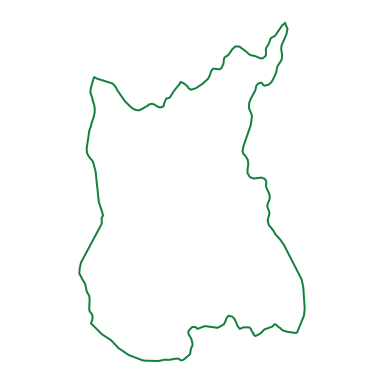 an SVG outline of Rôtânôkiri
{"feature_id": "KHM-1795", "entity_name": "Rôtânôkiri", "entity_type": "Province", "adm_level": 1, "iso_a3": "KHM", "parent_name": "Cambodia", "parent_adm1": "", "projection": "albers", "projection_center": [107.133, 13.934], "detail": "fine", "context": "isolated", "style": "outline", "palette": "green", "viewbox_px": 384, "rotation_deg": 0, "n_neighbors": 0, "source": "natural_earth", "source_scale": "10m", "svg_char_len": 3402}
<svg xmlns="http://www.w3.org/2000/svg" viewBox="0 0 384 384"><path d="M285.0,23.0L287.5,28.9L286.4,34.4L281.5,45.5L281.2,48.9L282.1,55.4L281.8,58.9L280.7,61.4L277.7,65.8L276.8,68.8L276.6,70.4L275.8,73.4L273.2,79.1L271.3,82.4L268.6,84.7L264.5,85.7L263.2,85.0L262.4,83.6L261.1,82.6L258.4,83.5L256.7,85.1L256.0,86.9L255.7,88.9L255.1,90.9L250.8,98.6L249.3,102.6L248.9,107.1L249.3,109.1L251.2,113.3L251.8,115.5L251.8,117.6L250.7,125.3L243.5,146.1L242.5,151.4L243.4,153.9L245.4,156.0L247.8,159.8L248.3,164.1L247.6,168.7L247.5,173.1L249.9,177.1L253.5,178.5L261.5,177.6L264.8,178.9L266.1,181.0L266.3,183.2L266.0,185.3L266.2,187.3L269.2,193.7L269.4,194.8L269.8,197.5L269.3,200.0L268.1,202.5L267.2,206.2L269.5,212.9L269.2,214.8L267.8,219.5L267.8,221.8L268.9,225.1L272.9,230.0L274.9,233.3L275.4,234.3L280.3,239.7L284.0,245.0L301.7,279.6L303.3,287.6L304.7,309.1L303.9,315.8L297.1,332.5L295.1,333.1L293.3,332.6L287.4,331.9L286.2,331.5L285.4,331.1L283.2,330.5L282.4,330.2L281.9,329.8L281.0,328.8L280.1,328.0L278.5,327.0L276.4,325.0L275.2,324.3L274.5,324.3L273.9,324.6L273.3,325.8L272.7,326.3L271.9,326.8L269.3,327.6L267.9,328.3L265.3,329.0L264.6,329.4L264.1,329.7L263.2,330.6L262.0,332.0L260.6,333.3L259.6,334.0L255.5,336.0L253.5,334.6L253.6,333.3L252.5,332.4L250.4,328.3L249.3,327.4L244.3,327.3L242.1,327.8L239.9,328.9L237.6,326.1L234.7,319.1L232.5,316.8L228.6,315.8L226.7,317.8L225.5,321.1L223.8,324.4L217.6,327.8L204.8,326.1L197.4,328.9L195.6,327.1L193.0,327.0L192.4,327.0L192.0,327.2L189.1,330.2L188.7,330.8L188.5,331.5L188.3,332.3L188.3,333.1L188.8,334.6L189.5,335.8L190.3,336.9L191.0,338.3L191.3,339.0L192.2,342.2L192.2,342.4L192.5,343.6L192.5,344.5L192.4,345.4L192.1,346.1L191.8,346.9L191.1,348.1L190.8,349.1L190.3,353.3L189.9,354.0L189.5,354.6L188.5,355.6L184.0,359.4L182.5,360.1L181.4,360.4L180.6,360.2L180.0,359.8L179.5,359.3L179.0,358.9L178.2,358.6L175.0,358.8L169.6,359.8L168.2,359.9L167.3,359.8L164.8,359.7L158.4,361.0L155.0,360.9L146.1,360.7L142.5,360.3L128.9,355.1L118.5,348.1L111.1,340.2L102.9,334.9L101.5,333.8L90.9,323.3L92.4,319.7L92.6,317.1L92.5,316.1L92.2,315.2L92.0,314.4L91.6,313.8L90.3,312.1L89.3,310.4L89.2,308.3L89.6,300.1L89.5,297.7L89.1,295.4L86.9,292.1L85.1,283.8L81.6,278.1L81.0,276.4L80.1,275.1L79.3,273.6L79.7,268.4L81.0,262.5L101.4,224.4L101.8,223.0L101.6,217.8L103.0,215.7L102.4,212.9L98.8,201.8L95.6,171.6L93.0,161.8L91.6,159.8L89.8,157.9L88.4,155.8L87.0,152.9L86.7,150.2L86.8,147.5L89.3,130.8L89.7,129.3L91.0,126.0L91.5,123.3L93.7,117.2L94.7,112.2L94.7,108.3L94.1,104.5L93.0,101.5L92.2,97.8L90.5,92.9L90.5,90.8L90.8,88.2L93.4,79.0L93.8,77.9L94.2,77.2L96.9,78.6L112.3,83.4L113.2,84.2L114.9,85.9L115.8,87.3L117.5,90.6L124.9,101.2L130.5,106.8L133.5,109.0L136.4,110.1L139.6,110.3L147.8,105.6L148.8,104.7L150.1,104.0L152.3,103.9L154.3,104.5L158.2,107.0L160.4,107.4L163.0,106.7L163.8,105.6L163.9,104.2L166.2,98.6L168.9,98.0L169.8,97.5L173.9,91.0L180.2,83.3L180.3,82.2L181.0,82.0L183.6,83.2L187.1,86.0L188.9,88.6L191.2,89.7L195.9,88.2L202.4,83.9L208.2,78.6L209.9,75.2L211.1,71.4L212.9,68.8L216.0,68.8L219.4,69.4L221.2,68.4L223.4,64.0L223.9,59.6L224.2,58.1L225.0,57.1L227.5,55.6L228.6,54.6L232.3,49.2L235.5,46.4L239.4,46.6L245.2,50.8L249.2,54.4L251.3,55.3L255.2,56.1L260.2,58.3L262.6,58.4L265.4,56.2L266.0,54.5L266.0,52.6L265.8,50.8L265.9,49.0L266.5,47.3L268.0,45.1L268.7,43.9L270.4,38.9L271.8,37.5L275.1,35.8L282.1,25.5L285.0,23.0Z" fill="none" stroke="#15803d" stroke-width="2"/></svg>